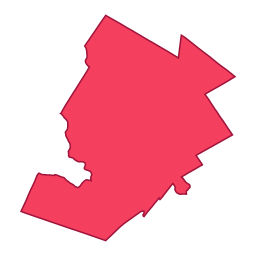 outline of Mosteni, Teleorman, Romania
{"feature_id": "2599482B94185736439228", "entity_name": "Mosteni", "entity_type": "district", "adm_level": 2, "iso_a3": "ROU", "parent_name": "Romania", "parent_adm1": "Teleorman", "projection": "natural_earth1", "projection_center": [25.488, 44.193], "detail": "fine", "context": "isolated", "style": "filled", "palette": "rose", "viewbox_px": 256, "rotation_deg": 0, "n_neighbors": 0, "source": "geoboundaries", "source_scale": "gbopen_adm2", "svg_char_len": 5502}
<svg xmlns="http://www.w3.org/2000/svg" viewBox="0 0 256 256"><path d="M235.0,76.7L234.6,76.3L231.3,73.6L228.4,71.3L226.4,69.7L221.1,65.9L220.5,65.5L219.5,64.7L217.3,63.0L210.5,57.4L204.6,52.9L199.6,49.1L185.3,37.7L181.3,35.2L178.4,57.9L174.6,55.6L166.7,50.8L161.1,47.6L157.6,45.5L154.8,43.9L152.8,42.7L151.0,41.7L145.6,38.6L143.9,37.6L142.1,36.5L138.7,34.5L132.0,30.5L126.8,27.6L121.0,24.1L116.1,21.3L111.0,18.4L105.7,15.4L99.7,24.0L96.5,28.8L89.3,39.3L88.6,40.4L86.8,42.9L84.7,46.0L85.8,47.7L86.0,48.2L86.3,49.0L86.7,51.1L87.0,54.9L87.1,57.0L87.0,57.5L86.9,57.8L85.9,59.5L85.7,60.0L85.5,60.6L85.4,60.9L85.4,61.4L85.6,62.4L85.9,63.0L86.4,63.9L86.9,64.6L88.0,65.8L88.3,66.2L89.4,66.9L87.7,69.8L86.8,71.4L85.5,73.5L81.4,80.0L79.9,82.4L74.9,90.4L73.6,92.3L66.3,104.0L64.7,106.6L61.9,111.6L60.9,113.4L60.7,113.5L61.1,113.7L61.5,114.1L61.9,114.6L62.6,115.3L63.2,116.0L63.7,116.7L63.9,117.1L64.1,117.6L64.5,118.0L65.7,119.1L66.3,119.8L67.0,120.6L67.5,121.6L67.7,122.0L67.8,125.4L67.8,126.5L67.6,127.8L67.6,128.1L67.5,128.6L67.4,129.2L67.3,129.4L67.1,129.9L66.6,130.5L66.1,131.1L65.7,131.6L65.5,132.0L65.4,132.3L65.4,132.7L65.4,133.0L65.7,133.9L65.8,134.7L65.8,135.2L65.9,135.9L66.2,136.5L66.9,137.9L67.4,138.7L68.1,140.3L68.4,140.9L68.7,141.5L69.0,142.1L69.1,142.4L69.5,142.7L69.6,142.9L69.8,143.3L69.9,143.8L70.1,144.2L70.1,144.4L70.1,144.7L70.1,145.1L70.1,145.4L70.3,146.1L70.4,146.4L70.4,146.7L70.3,147.1L70.3,147.5L70.2,147.7L69.8,148.5L69.8,148.8L69.7,149.3L69.6,149.5L68.9,150.2L68.7,150.7L68.4,151.3L68.3,151.7L68.3,151.9L68.6,152.5L68.6,152.8L68.6,153.4L68.6,154.0L68.6,155.2L68.6,155.7L68.7,156.1L69.0,156.6L69.2,156.9L69.6,157.2L70.0,157.3L70.7,157.4L71.1,157.4L71.5,157.6L72.4,157.8L72.9,158.0L73.3,158.3L73.7,158.6L74.0,159.1L74.4,159.3L75.0,159.9L75.3,160.1L75.5,160.1L76.2,160.7L76.5,160.9L76.7,161.0L77.2,161.0L77.4,161.1L78.0,161.6L78.4,161.7L79.0,161.7L79.4,161.8L79.7,161.8L80.2,161.7L81.7,161.7L82.4,161.8L83.3,162.0L83.8,162.2L84.4,162.6L84.8,162.8L85.1,163.2L85.2,163.5L85.3,163.9L85.4,164.4L85.3,164.9L85.0,166.1L84.6,167.1L84.3,167.8L84.3,168.1L84.3,168.4L84.4,168.7L84.6,169.0L84.8,169.2L85.5,169.6L86.1,169.7L86.6,170.0L87.4,170.1L88.3,170.6L88.7,170.6L89.1,170.8L89.4,171.0L90.0,171.3L90.8,172.0L91.1,172.4L91.2,172.7L91.3,173.1L91.5,173.7L91.6,174.0L91.7,174.9L91.7,175.0L91.4,175.4L91.4,175.6L91.2,176.2L90.9,176.9L90.8,177.5L90.8,178.1L90.8,178.8L91.0,179.6L91.2,180.2L91.2,180.5L90.7,180.1L89.7,180.3L89.2,180.3L88.5,180.2L87.8,180.0L87.5,179.9L87.2,179.8L86.8,179.8L85.7,180.1L84.9,180.6L84.1,181.2L83.1,182.2L81.9,183.4L81.1,184.6L80.5,185.5L79.9,186.2L79.2,186.8L78.8,187.1L78.4,187.3L78.0,187.5L77.5,187.6L77.2,187.4L75.3,186.6L74.9,186.4L74.1,185.6L73.6,185.0L73.1,184.7L72.1,184.1L71.2,183.6L70.7,183.5L70.4,183.4L70.3,183.2L70.0,182.9L69.7,182.6L69.2,182.3L68.9,182.1L68.6,181.9L68.4,181.7L68.3,181.4L68.2,181.3L67.9,181.3L67.6,181.2L66.7,180.4L66.1,179.9L65.5,179.3L65.0,178.6L64.8,178.4L64.6,178.3L64.4,178.0L64.1,177.8L63.7,177.5L63.4,177.4L62.5,177.3L61.1,176.8L59.5,176.2L58.1,175.6L57.4,175.3L56.2,174.9L55.9,174.8L55.6,174.7L55.3,174.7L54.9,174.7L54.7,174.8L54.5,175.2L54.4,175.4L54.0,175.4L52.4,175.3L51.5,175.3L51.2,175.3L50.7,175.1L50.2,175.0L49.7,174.9L48.3,175.0L47.7,175.0L46.5,174.9L45.1,174.7L43.1,174.6L41.9,174.5L41.6,174.4L40.4,173.8L39.4,173.3L39.0,173.2L38.8,173.2L38.7,173.3L37.9,174.3L37.7,174.5L37.0,175.5L36.7,176.3L36.2,177.5L34.8,181.2L32.4,186.3L30.6,190.0L28.1,195.6L27.3,197.6L26.0,200.7L24.9,203.0L24.3,204.4L22.2,208.8L21.0,211.4L23.3,212.3L35.3,216.5L38.0,217.4L46.7,220.4L56.1,223.6L63.7,226.2L70.0,228.4L83.8,233.0L94.8,236.8L100.5,238.8L105.7,240.6L108.4,238.0L110.8,235.8L119.0,227.9L120.3,226.7L123.1,224.3L127.0,221.4L131.4,218.3L135.7,215.2L137.7,213.8L139.8,212.3L140.5,211.8L141.2,211.6L141.9,211.1L142.1,211.1L142.5,211.2L143.9,211.1L144.0,211.4L144.1,212.7L144.0,213.0L143.7,213.6L143.5,213.9L143.4,214.1L143.4,214.3L143.1,214.6L143.0,215.0L143.2,215.8L143.4,216.0L143.5,216.3L143.8,216.5L144.0,216.6L147.2,212.3L152.0,206.7L154.8,203.1L156.4,201.3L157.9,199.4L159.0,198.0L159.9,199.6L160.0,199.6L163.1,196.1L163.1,195.9L164.9,193.6L166.4,191.6L170.3,186.7L171.5,185.1L172.9,183.5L173.8,184.8L174.5,185.9L175.3,187.3L175.3,187.5L175.1,188.2L174.9,188.7L174.9,188.9L174.9,189.3L175.0,189.7L175.6,191.2L175.7,191.4L176.0,191.8L176.4,192.3L176.8,192.7L177.2,193.0L179.1,194.0L179.4,194.1L179.7,194.1L180.4,194.2L182.1,194.1L183.0,194.0L183.4,194.0L183.7,194.0L185.2,194.0L185.9,194.2L186.5,194.1L186.5,193.9L186.3,192.8L186.3,192.3L186.3,191.8L186.4,191.3L186.6,190.9L186.9,190.5L187.4,190.2L187.7,189.9L188.0,189.7L188.3,189.0L188.6,188.6L189.1,188.3L189.3,188.2L189.7,187.7L189.9,187.3L190.0,186.8L190.0,186.4L190.0,186.0L189.9,185.5L189.7,185.1L189.5,184.8L189.4,184.6L189.2,184.4L188.3,184.0L187.2,183.2L186.8,183.0L186.4,182.7L185.9,182.2L185.5,181.8L185.2,181.3L185.1,181.1L184.7,180.9L184.2,180.4L184.1,179.9L184.0,179.6L183.9,179.5L183.7,179.3L183.4,178.9L182.6,178.0L182.4,177.6L182.3,177.4L181.9,177.2L181.5,177.0L182.6,176.2L183.1,176.0L184.0,175.4L184.6,175.1L185.7,174.5L187.2,173.5L188.6,172.7L194.8,169.2L196.5,168.2L197.2,167.8L200.2,166.0L201.9,165.2L202.4,164.8L199.5,160.4L197.8,158.0L196.1,155.3L232.5,134.9L228.7,129.4L222.6,120.2L222.4,120.2L221.5,118.7L220.5,117.4L219.0,115.1L216.9,111.8L215.8,110.3L214.1,108.0L214.1,107.8L212.8,105.9L208.2,98.8L206.9,97.0L204.9,94.2L209.4,91.6L213.6,89.2L220.0,85.6L222.1,84.4L228.1,80.9L231.8,78.6L235.0,76.7Z" fill="#f43f5e" stroke="#9f1239" stroke-width="1.5"/></svg>